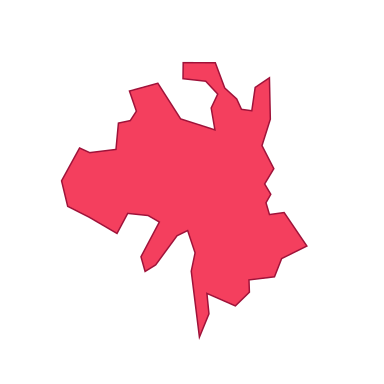 the district of Asaka, Andijon, Uzbekistan, rotated 290°
{"feature_id": "79887680B69641421993469", "entity_name": "Asaka", "entity_type": "district", "adm_level": 2, "iso_a3": "UZB", "parent_name": "Uzbekistan", "parent_adm1": "Andijon", "projection": "albers", "projection_center": [72.224, 40.677], "detail": "fine", "context": "isolated", "style": "filled", "palette": "rose", "viewbox_px": 384, "rotation_deg": 290, "n_neighbors": 0, "source": "geoboundaries", "source_scale": "gbopen_adm2", "svg_char_len": 809}
<svg xmlns="http://www.w3.org/2000/svg" viewBox="0 0 384 384"><g transform="rotate(290 192 192)"><path d="M265.5,98.7L248.9,112.1L238.0,109.6L231.6,99.3L206.0,106.0L194.0,82.4L194.9,71.3L157.9,65.6L136.0,80.1L133.2,103.7L127.4,135.7L149.9,138.9L154.9,158.8L152.6,171.6L113.7,166.2L101.3,175.1L111.1,182.8L145.8,192.9L154.3,201.1L135.9,215.7L117.3,218.4L58.2,248.6L83.3,249.6L101.8,240.7L99.8,271.7L117.5,280.2L128.9,275.6L140.5,298.5L160.1,299.0L180.5,318.4L204.2,285.6L197.3,272.5L207.2,265.2L216.8,266.8L224.4,257.5L241.9,260.9L259.5,241.9L287.2,240.7L325.8,225.7L311.9,215.6L288.8,220.4L286.6,210.2L294.7,202.2L300.9,187.2L321.4,169.7L310.5,139.5L295.4,144.8L300.8,167.0L292.8,182.7L277.5,181.3L258.2,192.3L256.8,156.3L282.5,122.7L265.5,98.7Z" fill="#f43f5e" stroke="#9f1239" stroke-width="1.5"/></g></svg>